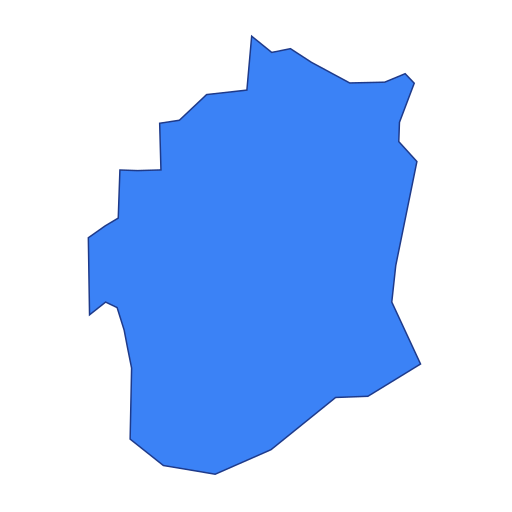 Gramsh, Elbasan, Albania (Mercator projection), rotated 92°
{"feature_id": "67620474B60363170083379", "entity_name": "Gramsh", "entity_type": "district", "adm_level": 2, "iso_a3": "ALB", "parent_name": "Albania", "parent_adm1": "Elbasan", "projection": "mercator", "projection_center": [20.218, 40.831], "detail": "fine", "context": "isolated", "style": "filled", "palette": "blue", "viewbox_px": 512, "rotation_deg": 92, "n_neighbors": 0, "source": "geoboundaries", "source_scale": "gbopen_adm2", "svg_char_len": 601}
<svg xmlns="http://www.w3.org/2000/svg" viewBox="0 0 512 512"><g transform="rotate(92 256 256)"><path d="M60.5,207.4L47.6,228.8L52.0,247.4L36.5,268.0L90.5,270.9L96.4,311.0L123.0,337.3L126.7,356.9L173.3,354.0L174.8,377.4L174.8,395.0L222.9,395.0L231.1,407.7L243.6,424.2L320.6,420.3L307.3,404.7L312.4,393.0L334.6,385.2L351.7,381.3L372.4,376.4L443.4,375.4L468.6,341.3L475.5,289.2L449.0,234.2L394.6,171.5L392.3,139.3L358.2,87.8L297.3,118.7L260.7,116.0L156.0,98.5L136.7,117.3L117.4,117.3L77.8,103.9L68.6,113.3L77.8,133.5L79.8,168.4L60.5,207.4Z" fill="#3b82f6" stroke="#1e3a8a" stroke-width="1.5"/></g></svg>